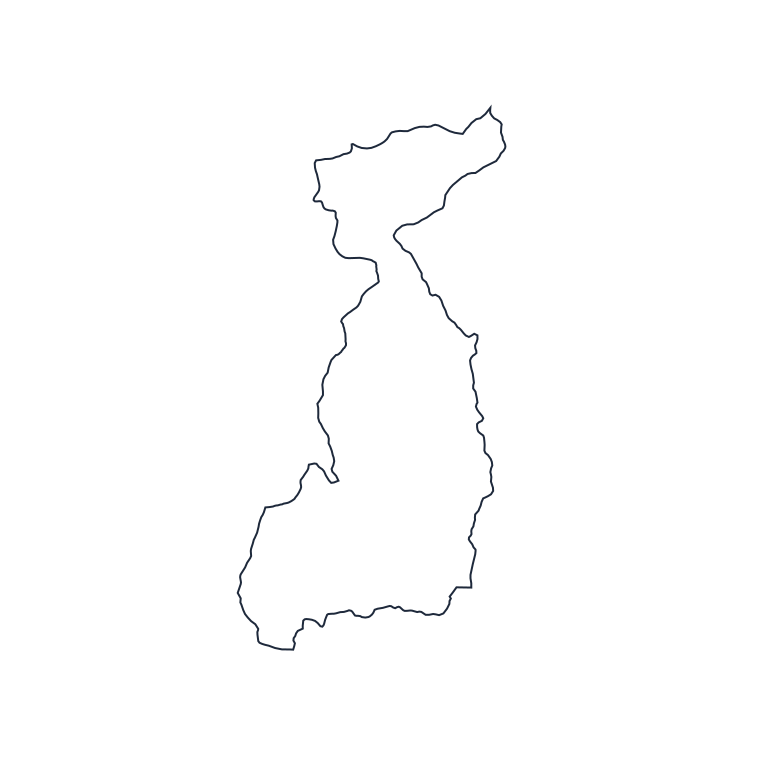 outline of Nanong, Tashigang, Bhutan, rotated 224°
{"feature_id": "84629894B55544402274944", "entity_name": "Nanong", "entity_type": "district", "adm_level": 2, "iso_a3": "BTN", "parent_name": "Bhutan", "parent_adm1": "Tashigang", "projection": "mercator", "projection_center": [91.483, 27.098], "detail": "fine", "context": "isolated", "style": "outline", "palette": "slate", "viewbox_px": 768, "rotation_deg": 224, "n_neighbors": 0, "source": "geoboundaries", "source_scale": "gbopen_adm2", "svg_char_len": 6154}
<svg xmlns="http://www.w3.org/2000/svg" viewBox="0 0 768 768"><g transform="rotate(224 384 384)"><path d="M499.4,656.6L498.6,648.7L499.3,642.1L501.6,638.6L502.4,632.5L501.9,627.5L502.0,624.6L501.1,618.6L503.5,616.8L507.6,613.9L512.4,611.5L524.4,607.8L527.3,606.0L528.5,603.9L529.1,602.0L531.3,599.1L534.1,596.8L537.1,593.6L539.6,589.5L542.6,582.4L544.9,580.1L548.5,577.0L551.1,573.8L553.1,570.6L553.3,568.7L552.2,563.4L552.0,562.3L552.1,559.2L552.3,557.8L552.8,555.7L553.5,553.4L555.0,549.4L557.1,545.1L559.9,541.6L564.0,538.3L568.3,536.3L573.1,535.0L573.7,533.9L570.8,531.2L569.4,528.3L569.5,526.6L570.7,524.0L572.8,521.2L574.3,516.8L576.1,514.1L577.7,510.5L579.3,508.4L581.2,506.4L582.7,504.9L585.0,501.5L588.2,497.7L587.3,494.8L586.0,493.6L583.9,491.7L580.9,489.8L577.9,488.3L575.5,486.7L569.2,482.6L567.4,481.1L565.3,478.2L564.8,476.5L564.1,471.9L563.8,469.9L562.9,468.0L562.2,467.3L560.5,467.4L559.1,468.7L557.7,470.4L556.3,471.6L554.7,471.5L552.0,470.0L550.4,469.2L548.7,468.9L547.1,469.2L544.4,470.6L542.2,472.2L541.5,473.0L540.4,473.6L539.3,474.1L537.7,473.7L535.5,471.2L533.9,470.0L531.1,469.3L529.8,467.9L527.7,464.9L524.9,460.4L522.4,456.0L520.8,452.4L517.5,449.5L513.0,447.8L509.2,446.8L506.2,446.5L502.7,446.9L499.5,447.9L496.7,450.1L489.0,458.0L486.1,460.1L480.4,463.7L478.8,464.5L477.5,464.6L476.3,465.0L474.3,465.5L472.0,464.1L471.2,463.1L468.9,461.3L467.9,459.9L466.5,459.3L463.6,457.8L461.2,455.6L459.0,454.2L458.7,453.0L460.3,444.7L461.0,441.4L461.3,438.3L461.2,435.0L460.8,431.7L458.1,426.6L457.0,422.3L457.0,419.9L457.8,416.0L458.4,412.2L459.0,409.8L459.4,403.8L459.3,401.5L458.2,399.2L456.2,398.7L455.1,398.6L453.4,397.3L451.6,396.5L448.8,394.4L447.0,393.5L442.8,389.6L441.3,387.9L439.6,386.9L438.3,385.5L437.9,383.9L437.6,382.4L437.8,381.3L437.5,379.8L437.5,378.8L437.1,377.3L437.3,375.8L437.3,374.5L437.5,373.4L437.9,372.5L438.7,371.4L438.5,364.8L437.7,362.7L435.3,357.5L432.4,353.0L432.0,349.0L430.9,345.4L427.8,340.6L422.7,336.2L420.2,333.6L418.7,327.1L418.2,323.5L414.8,321.2L410.7,317.1L407.8,313.9L404.4,311.9L401.6,311.4L397.4,309.8L393.7,308.8L388.6,308.0L385.7,306.3L382.6,302.8L379.2,301.6L375.1,299.6L371.5,297.3L369.1,296.1L366.2,293.9L364.1,290.4L362.7,286.5L360.2,285.0L354.7,284.7L349.6,282.8L351.6,278.4L353.3,276.2L356.7,276.4L362.2,277.8L366.4,279.5L369.1,279.8L373.2,279.1L377.1,279.7L378.9,278.4L382.0,273.8L381.1,272.4L379.8,270.7L379.0,268.4L378.2,263.3L377.7,261.1L377.4,258.4L377.2,257.0L376.1,255.6L375.3,254.8L373.4,253.5L372.0,252.3L371.1,250.7L369.9,247.0L369.6,245.7L369.2,243.9L368.9,240.5L368.6,239.5L368.7,238.3L369.3,235.4L370.3,232.4L371.1,231.0L373.1,228.2L373.7,226.6L374.7,225.4L376.1,222.9L377.1,221.8L378.0,220.4L378.7,218.8L380.9,215.9L383.6,212.8L381.3,208.3L380.3,205.5L379.8,203.0L378.5,200.1L376.8,196.7L375.0,194.1L372.0,188.9L370.0,183.4L369.5,181.6L367.4,177.8L365.1,173.1L363.8,171.3L360.1,168.0L359.3,165.8L358.3,160.3L356.5,155.6L354.8,147.4L354.1,146.1L353.2,145.0L349.1,142.0L348.1,140.6L344.1,132.1L338.2,130.3L335.6,127.1L333.3,126.2L328.2,123.6L324.2,122.0L319.9,121.4L314.9,121.1L309.7,121.8L304.4,120.5L303.6,119.4L302.8,117.6L300.9,115.8L295.8,111.7L293.8,111.4L291.1,112.4L288.5,113.7L285.1,115.7L279.0,118.4L273.2,122.1L266.9,128.0L264.8,129.8L266.5,133.1L268.0,135.6L270.9,136.5L272.4,138.4L272.8,141.1L274.0,143.5L274.5,146.5L272.5,151.6L274.5,153.6L277.7,157.7L277.6,159.6L276.7,160.9L274.6,162.6L272.1,164.3L269.0,165.7L265.6,166.0L261.5,165.6L259.8,166.6L259.9,168.4L260.5,169.9L262.5,173.4L263.7,176.2L264.6,178.5L264.3,179.8L262.2,182.2L260.5,183.9L259.2,185.7L257.0,189.5L254.5,192.2L252.6,195.5L252.0,196.9L250.2,198.0L248.8,198.2L244.1,197.3L242.9,198.0L241.7,199.2L239.7,200.6L238.1,200.9L235.2,203.0L233.3,205.6L232.8,207.0L232.5,209.7L232.8,212.1L233.9,215.1L232.5,217.9L229.3,222.2L226.7,226.7L225.7,228.3L224.4,229.2L222.1,229.6L220.2,230.5L219.6,232.5L218.7,234.0L217.5,234.5L213.2,234.6L211.6,235.1L209.8,236.9L207.8,239.3L206.5,240.4L201.7,243.0L200.5,244.8L198.8,246.0L193.7,246.9L191.3,249.2L188.9,252.7L186.8,254.2L183.8,256.0L181.9,260.2L182.6,266.2L184.2,271.2L186.1,273.4L186.9,276.1L189.1,276.7L189.6,281.2L190.6,288.1L179.8,298.2L182.8,301.3L186.8,304.3L189.2,306.8L195.0,316.1L200.1,324.9L202.3,327.7L203.2,328.5L206.1,328.7L209.2,330.0L212.8,330.5L215.0,331.1L216.3,332.7L216.3,335.2L216.8,336.8L219.0,338.8L220.1,340.4L220.8,343.7L222.5,346.2L224.1,349.5L225.7,350.9L227.8,353.5L228.0,358.6L228.7,360.1L230.0,363.7L231.9,367.0L233.2,370.6L232.4,372.5L231.3,375.5L230.4,379.0L231.2,382.9L233.6,385.1L239.3,388.1L242.2,391.7L244.1,393.1L246.3,394.5L248.4,397.8L249.5,400.6L252.2,402.8L255.2,404.2L259.8,405.1L263.1,404.8L265.5,405.8L269.3,410.1L271.4,412.0L274.7,414.8L276.8,415.9L280.8,415.3L283.2,415.3L285.1,416.2L287.0,417.6L289.2,419.8L289.2,422.2L288.0,425.5L288.8,428.3L291.0,429.1L296.2,429.7L299.1,430.3L302.2,431.6L303.6,434.1L303.8,435.5L307.4,438.3L312.8,442.0L316.7,442.7L318.9,445.0L320.2,447.4L327.2,453.0L331.5,455.5L335.3,458.1L337.6,460.0L338.5,460.8L339.5,463.3L339.7,466.2L339.2,468.2L339.0,470.4L340.7,472.0L343.2,473.2L345.3,475.0L346.4,478.3L348.0,481.3L350.6,483.9L354.0,482.8L354.8,479.2L355.6,476.8L358.9,475.7L361.7,475.8L366.4,476.4L368.7,476.4L370.7,475.9L373.2,476.6L376.0,477.1L378.5,476.5L383.2,476.3L386.7,477.4L390.8,479.6L395.7,481.3L400.7,483.9L404.9,485.0L408.9,484.0L410.6,481.3L413.1,480.7L415.5,481.8L418.2,484.0L422.1,485.6L424.5,486.5L428.9,486.1L431.4,487.3L433.8,489.8L440.3,491.6L444.1,493.0L455.0,496.3L457.4,496.1L461.1,494.7L464.7,494.3L467.4,495.4L469.9,495.8L474.6,495.7L476.9,496.0L478.5,496.5L480.3,497.7L481.7,503.0L480.8,510.5L478.2,514.9L473.6,519.5L471.6,524.0L470.8,528.1L468.8,533.5L467.4,542.2L466.1,545.9L464.0,551.0L464.9,554.0L467.2,557.1L469.5,560.5L471.1,562.5L472.6,570.7L472.7,575.1L471.5,586.8L470.2,590.5L469.8,593.1L467.5,596.6L464.8,599.3L463.9,603.5L463.0,608.9L458.2,622.3L458.6,625.1L458.9,627.6L460.1,631.0L460.0,634.8L460.8,637.9L461.7,639.2L463.3,640.4L466.0,641.6L468.1,642.2L470.4,644.1L474.5,646.1L478.4,650.6L479.7,652.5L482.3,653.1L485.9,652.6L489.3,651.6L492.8,651.9L495.8,652.7L497.7,654.5L499.4,656.6Z" fill="none" stroke="#1e293b" stroke-width="2"/></g></svg>